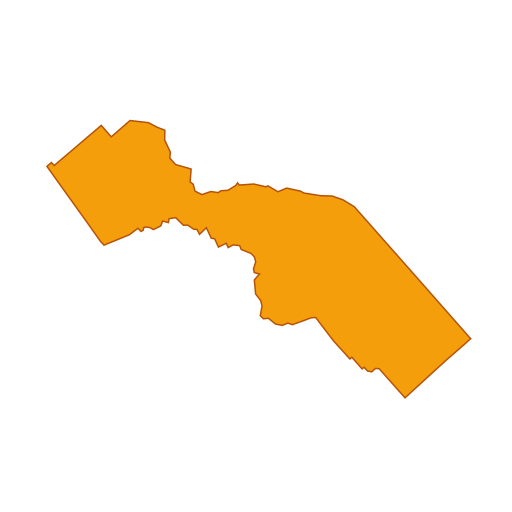 Placer, California, United States of America (orthographic projection), rotated 49°
{"feature_id": "52423323B56416092773024", "entity_name": "Placer", "entity_type": "district", "adm_level": 2, "iso_a3": "USA", "parent_name": "United States of America", "parent_adm1": "California", "projection": "orthographic", "projection_center": [-120.777, 39.014], "detail": "fine", "context": "isolated", "style": "filled", "palette": "amber", "viewbox_px": 512, "rotation_deg": 49, "n_neighbors": 0, "source": "geoboundaries", "source_scale": "gbopen_adm2", "svg_char_len": 1540}
<svg xmlns="http://www.w3.org/2000/svg" viewBox="0 0 512 512"><g transform="rotate(49 256 256)"><path d="M460.8,236.6L460.4,220.6L459.9,201.8L459.4,180.6L459.4,179.4L459.4,161.7L459.4,157.2L459.2,149.3L459.2,149.1L459.3,148.3L459.3,148.2L457.9,148.3L450.7,148.3L372.1,148.8L308.3,149.3L283.3,149.5L270.7,153.5L260.7,159.2L252.8,167.7L239.7,178.7L236.3,179.8L224.9,188.3L221.9,197.3L210.9,201.0L210.2,203.2L200.2,210.5L191.4,222.2L188.7,221.9L189.5,225.1L188.0,234.1L183.7,239.7L183.4,242.9L177.7,247.8L174.2,256.5L167.0,259.5L160.7,256.3L156.9,257.1L147.8,247.9L134.2,256.7L125.6,256.8L121.4,252.5L108.5,248.8L101.3,242.3L94.0,246.1L84.8,249.7L71.1,262.2L71.1,287.1L55.9,287.1L55.3,348.9L51.2,349.1L51.2,355.0L79.6,357.7L99.8,359.6L118.1,361.3L125.3,362.0L143.3,363.8L146.3,363.6L148.1,363.6L156.9,337.5L157.6,326.9L162.0,326.7L162.5,324.2L160.9,322.0L161.8,320.2L165.1,317.3L168.7,316.2L170.8,308.2L168.4,303.5L173.3,300.2L170.8,297.1L174.4,291.4L175.2,291.4L185.3,290.6L187.8,287.3L195.0,285.4L197.2,283.1L202.6,284.4L202.1,274.9L213.2,278.1L215.9,275.9L224.6,278.5L226.9,270.1L231.4,271.5L232.6,266.0L237.5,261.5L241.4,262.9L250.7,258.1L255.6,257.8L260.3,260.1L264.0,266.3L267.4,268.2L271.8,265.1L273.0,273.0L284.4,281.2L292.6,281.7L297.7,284.2L303.8,291.9L308.2,291.6L311.2,287.5L320.3,285.9L325.7,281.5L327.5,276.0L331.7,273.6L338.8,255.1L341.5,251.3L371.1,253.2L395.3,252.7L395.3,250.1L410.8,250.0L410.9,247.4L416.0,247.3L419.3,244.7L419.3,239.5L421.9,237.0L460.8,236.6Z" fill="#f59e0b" stroke="#b45309" stroke-width="1.5"/></g></svg>